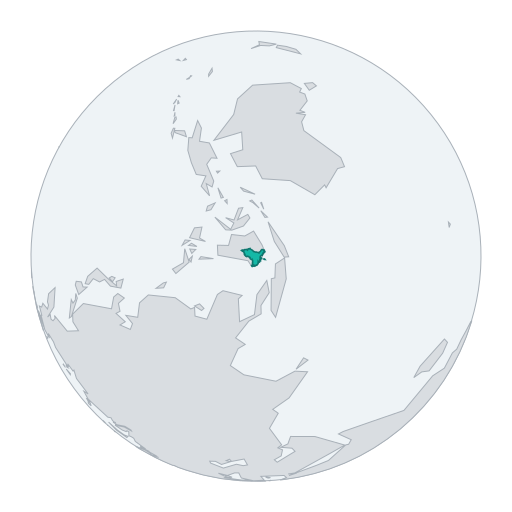 Kalimantan Barat on an orthographic globe, rotated 231°
{"feature_id": "IDN-1228", "entity_name": "Kalimantan Barat", "entity_type": "Province", "adm_level": 1, "iso_a3": "IDN", "parent_name": "Indonesia", "parent_adm1": "", "projection": "orthographic", "projection_center": [110.805, -0.499], "detail": "fine", "context": "on_globe", "style": "filled", "palette": "teal", "viewbox_px": 512, "rotation_deg": 231, "n_neighbors": 0, "source": "natural_earth", "source_scale": "10m", "svg_char_len": 11493}
<svg xmlns="http://www.w3.org/2000/svg" viewBox="0 0 512 512"><g transform="rotate(231 256 256)"><circle cx="256" cy="256" r="225" fill="#eef3f6" stroke="#a8b0b8"/><path d="M458.4,317.7L458.0,319.3L457.9,319.5L458.4,317.7ZM383.1,70.0L386.5,72.7L379.8,67.8L383.1,70.0ZM372.7,63.3L373.0,63.5L368.5,60.9L366.3,59.8L360.8,56.9L355.5,53.9L351.9,52.2L352.7,52.7L347.7,50.6L347.1,50.0L338.4,46.5L331.8,43.8L352.7,52.5L372.7,63.3ZM464.7,171.2L465.0,172.0L464.8,171.4L464.6,170.9L464.7,171.2ZM366.9,60.2L368.6,61.3L366.8,60.4L366.9,60.2ZM356.7,55.2L353.2,53.7L355.8,54.6L356.7,55.2ZM350.5,52.5L342.0,49.8L345.1,51.6L331.6,45.5L343.3,49.5L346.1,50.1L347.1,50.9L350.5,52.5ZM325.5,42.9L322.7,42.1L324.6,42.5L325.5,42.9ZM65.8,135.2L66.7,133.8L64.6,140.2L67.8,139.7L81.7,121.1L76.6,121.3L82.8,112.7L92.7,104.9L98.3,106.1L100.9,102.9L103.4,95.7L110.9,90.1L105.0,92.9L102.8,96.0L99.1,98.2L100.9,95.5L103.4,93.4L103.5,92.1L91.3,103.4L87.8,107.8L84.2,110.4L77.9,118.3L74.8,122.2L78.7,117.0L91.0,102.6L104.5,89.2L119.1,77.1L134.7,66.2L133.6,67.0L140.7,62.5L144.6,60.7L145.8,59.5L154.9,54.7L161.5,51.6L164.5,50.2L160.9,51.8L180.3,43.8L183.9,42.7L175.0,47.7L168.6,50.0L168.7,49.0L160.7,53.5L165.1,51.4L164.3,52.4L172.2,49.2L172.0,49.8L180.0,46.0L180.6,46.5L175.5,48.8L187.8,45.5L191.3,46.3L194.2,45.3L196.3,44.1L199.4,46.5L201.4,45.7L201.2,44.6L205.0,42.5L213.0,40.1L213.6,41.0L210.8,42.0L206.0,46.0L198.4,49.1L199.5,49.3L206.2,46.9L212.2,41.9L216.8,40.3L214.8,42.3L215.9,41.4L218.4,40.9L221.5,41.5L224.0,39.4L250.6,35.5L259.2,37.1L254.5,38.7L273.8,39.4L281.9,42.7L281.7,41.4L290.7,41.8L288.3,40.7L288.9,40.2L311.0,42.7L316.7,44.6L326.0,45.8L325.9,45.3L322.2,43.8L331.6,45.5L345.1,51.6L344.7,52.2L353.4,56.2L351.2,57.3L353.4,60.6L346.0,60.6L348.4,63.8L351.6,65.1L357.2,71.1L357.9,80.0L343.5,66.8L339.7,55.6L340.0,59.2L335.8,56.9L333.4,57.5L334.0,60.7L336.6,61.9L316.4,62.0L309.6,71.0L320.1,72.3L326.2,76.9L327.7,91.9L305.9,110.5L313.7,119.6L313.8,125.0L306.2,127.2L305.8,119.3L298.6,115.5L299.5,111.1L287.2,113.0L288.0,106.9L278.0,112.1L281.2,117.5L291.8,117.5L282.8,125.5L292.9,136.0L293.5,147.8L274.4,167.0L255.9,172.0L254.7,175.9L247.7,170.8L237.8,178.0L250.4,201.8L249.8,208.5L234.1,220.4L233.8,215.3L215.3,201.9L211.4,217.9L225.4,232.4L230.2,249.0L219.2,243.2L214.4,228.7L207.8,223.6L209.9,209.4L205.2,188.6L194.1,192.0L195.3,183.8L187.0,167.1L171.3,171.8L146.1,192.7L142.0,213.8L133.6,223.2L124.9,192.4L126.3,172.5L119.8,174.3L113.6,158.0L93.1,157.1L93.2,152.2L88.7,154.6L84.8,149.8L86.1,142.0L82.4,142.7L79.6,163.4L84.0,163.0L91.8,154.8L89.9,162.5L94.0,169.3L78.6,188.2L53.2,206.0L55.8,190.3L63.0,149.6L65.6,145.1L65.9,144.7L66.3,143.8L61.7,151.1L64.6,143.5L55.3,171.1L51.5,183.6L52.7,206.9L51.4,209.5L53.3,214.4L65.8,208.1L64.7,213.4L55.7,238.5L42.9,273.8L47.6,297.4L51.7,317.9L50.3,331.8L57.1,347.6L57.3,353.4L61.7,362.5L65.7,372.2L69.8,381.6L69.5,382.4L60.8,368.5L53.2,354.1L46.6,339.1L41.1,323.7L36.8,308.0L33.6,291.9L31.6,275.7L30.7,259.4L31.1,243.0L32.6,226.7L35.3,210.6L39.2,194.7L44.2,179.2L50.4,164.0L57.6,149.3L65.8,135.2ZM99.0,117.9L105.7,119.0L111.7,107.8L114.8,107.5L115.7,104.1L112.1,107.0L115.7,98.0L121.9,95.3L125.7,90.9L123.6,90.4L111.7,97.2L106.5,109.7L101.1,114.1L99.0,117.9ZM78.2,124.3L74.7,127.8L75.4,126.1L76.4,125.2L78.2,124.3ZM73.3,124.4L72.3,126.6L72.3,125.8L73.3,124.4ZM209.3,35.6L208.7,35.7L207.5,36.0L209.3,35.6ZM218.0,34.0L217.4,34.1L217.7,34.0L218.0,34.0ZM156.6,424.1L161.3,426.9L158.5,427.1L156.6,424.1ZM67.1,314.2L72.9,350.2L68.4,350.5L63.0,339.9L57.8,318.2L61.6,311.9L62.2,302.1L67.1,314.2ZM287.5,291.5L294.4,293.1L294.2,294.1L287.5,291.5ZM280.4,287.2L288.2,288.2L279.0,289.4L280.4,287.2ZM291.3,288.6L299.3,287.2L302.7,285.8L302.1,288.0L291.3,288.6ZM275.0,286.9L246.2,284.5L234.8,280.9L237.4,277.2L255.8,279.4L275.0,286.9ZM236.5,277.0L219.2,265.1L196.0,232.6L204.3,233.5L228.7,253.6L227.1,256.9L237.6,266.1L236.5,277.0ZM278.6,259.9L276.9,269.8L261.0,267.7L253.7,265.6L248.7,252.4L251.5,246.2L257.4,246.8L280.6,226.9L288.7,232.8L281.5,241.3L288.1,250.5L278.6,259.9ZM142.8,215.9L146.9,228.9L142.4,230.9L142.8,215.9ZM290.2,212.8L280.7,221.3L289.4,209.7L290.2,212.8ZM295.5,201.8L296.0,206.5L292.2,201.7L295.5,201.8ZM254.3,182.0L248.0,182.6L247.9,179.4L255.9,176.8L254.3,182.0ZM293.8,158.0L293.4,167.0L292.1,169.9L289.4,164.2L293.8,158.0ZM219.7,36.9L207.8,38.8L199.9,41.0L196.4,43.0L196.2,41.4L208.4,38.0L219.7,36.9ZM246.7,35.3L249.7,34.3L251.8,34.7L251.4,35.0L246.7,35.3ZM246.1,34.7L243.3,33.6L247.2,33.1L248.6,34.0L246.1,34.7ZM224.7,33.5L221.1,34.0L222.4,33.6L224.7,33.5ZM405.2,402.9L406.3,405.4L399.8,411.4L391.5,417.1L385.0,417.9L405.2,402.9ZM350.2,410.0L351.3,401.7L359.7,402.2L355.1,409.1L350.2,410.0ZM410.9,398.6L416.7,392.1L420.3,382.7L418.0,391.6L420.9,393.2L407.8,405.2L410.9,398.6ZM323.3,372.1L279.2,383.8L269.7,381.0L272.6,374.4L264.9,353.4L268.1,354.1L266.6,340.3L293.0,330.1L312.1,309.5L326.2,312.4L337.2,297.7L351.6,300.6L346.9,312.6L361.4,322.9L372.4,296.1L380.0,327.7L389.7,340.5L390.9,360.9L369.1,391.7L357.6,396.6L356.0,393.1L351.1,395.9L344.3,393.4L341.6,381.8L336.7,384.6L341.9,376.9L334.6,383.4L331.6,375.9L323.3,372.1ZM425.5,332.3L427.2,333.7L429.6,340.0L426.8,338.2L425.5,332.3ZM453.7,322.6L454.1,325.5L452.4,325.5L453.7,322.6ZM457.9,319.5L455.8,319.8L458.4,317.7L457.9,319.5ZM436.5,316.6L437.3,318.8L436.5,319.3L436.5,316.6ZM435.8,315.8L437.1,313.0L436.7,316.1L435.8,315.8ZM427.7,297.1L428.9,295.8L429.4,297.1L427.7,297.1ZM304.6,294.2L314.2,287.2L319.4,287.0L304.6,294.2ZM426.1,293.4L423.2,292.5L423.6,290.9L426.1,293.4ZM426.4,289.7L426.2,287.3L427.9,293.1L426.4,289.7ZM420.9,283.4L424.4,288.2L420.5,283.8L420.9,283.4ZM418.7,283.5L416.1,281.2L416.3,280.5L418.7,283.5ZM388.0,280.8L398.0,295.9L389.8,294.1L380.7,284.3L373.2,290.9L356.5,287.2L360.4,283.0L358.3,275.4L340.8,270.3L337.3,265.3L343.6,262.9L332.0,257.8L344.7,257.3L349.8,267.5L357.0,260.9L369.2,264.5L381.0,269.5L390.3,278.3L388.0,280.8ZM344.6,278.3L346.8,278.6L344.8,281.3L344.6,278.3ZM411.0,274.8L414.9,280.3L414.4,281.4L412.5,280.2L411.0,274.8ZM392.5,277.0L402.6,270.9L405.0,271.5L398.2,279.3L392.5,277.0ZM400.2,265.3L404.8,267.3L407.3,272.2L406.3,273.3L400.2,265.3ZM318.7,266.4L318.2,269.0L314.9,266.6L318.7,266.4ZM323.0,265.3L333.0,269.3L322.1,267.5L323.0,265.3ZM292.7,253.1L295.6,259.6L304.9,256.5L297.8,261.6L304.1,272.5L301.9,276.2L295.7,264.4L293.5,275.8L289.4,275.2L287.2,265.1L291.3,253.5L295.4,248.9L312.1,248.5L292.7,253.1ZM323.0,257.7L320.3,250.1L322.3,245.6L325.2,249.7L323.0,257.7ZM312.5,232.2L305.5,223.4L299.1,225.9L312.0,215.9L316.6,225.9L312.5,232.2ZM306.5,213.9L300.6,216.1L306.7,210.2L306.5,213.9ZM299.0,213.3L298.4,207.7L303.1,208.9L299.0,213.3ZM309.6,214.5L310.8,205.3L313.1,211.0L309.6,214.5ZM296.4,195.4L306.5,205.2L293.3,200.2L292.8,182.7L298.4,182.8L296.4,195.4ZM327.7,132.8L326.3,128.3L331.3,128.1L330.9,131.1L327.7,132.8ZM346.6,124.9L332.2,126.6L320.5,128.9L324.2,131.3L321.6,138.3L316.1,130.8L324.2,123.9L333.1,123.6L334.3,118.1L340.8,115.3L339.2,108.2L342.0,105.8L346.1,112.4L346.6,124.9ZM338.1,105.2L337.6,94.0L347.2,97.3L349.5,100.4L345.7,104.0L340.8,102.1L338.1,105.2ZM340.3,92.4L335.7,90.6L325.1,74.4L325.3,71.9L338.4,85.0L334.6,84.1L335.5,87.8L340.3,92.4ZM323.6,42.6L322.8,42.1L325.1,43.0L323.6,42.6ZM287.3,39.7L288.5,39.1L291.2,39.9L287.3,39.7ZM293.3,38.3L289.3,37.8L293.2,37.9L293.3,38.3ZM280.6,37.0L287.6,37.4L281.3,37.7L280.6,37.0Z" fill="#d9dde1" stroke="#a8b0b8" stroke-width="1"/><path d="M251.4,245.9L251.4,246.1L251.2,246.4L251.0,246.5L251.0,246.8L251.1,247.0L251.4,247.0L251.5,247.1L251.4,247.6L251.5,247.8L251.9,248.2L252.0,248.3L252.2,248.5L252.5,248.5L252.7,248.9L253.0,249.1L253.0,249.3L253.4,249.4L253.5,249.4L253.8,250.0L254.0,250.1L254.3,250.2L254.5,250.5L254.8,250.7L255.0,250.7L255.4,250.6L255.6,250.5L255.8,250.4L255.9,250.5L255.9,250.4L256.0,250.3L256.2,250.1L256.3,250.1L256.7,250.0L257.5,249.8L258.2,250.1L258.3,250.1L258.6,250.0L258.7,250.3L258.8,250.2L259.2,250.0L259.3,250.0L259.8,250.1L260.0,250.1L260.3,249.7L260.6,249.6L260.9,249.6L261.1,249.5L261.3,248.9L261.4,248.6L261.3,248.4L261.9,248.1L262.3,248.1L262.4,247.9L262.5,247.9L263.7,247.9L263.8,248.0L264.0,247.8L264.3,247.9L264.5,247.9L264.7,248.0L264.5,248.4L264.5,248.5L264.8,248.4L265.0,248.4L265.1,248.5L265.7,248.7L265.9,248.7L266.2,249.0L266.4,249.0L266.6,248.9L266.8,248.9L267.0,249.2L267.8,248.8L268.0,248.5L268.2,248.4L268.8,248.3L269.1,248.3L269.2,248.5L269.4,248.4L269.3,248.8L269.4,249.0L269.1,249.4L269.0,249.5L268.6,249.8L268.4,250.0L268.2,250.1L268.0,250.3L268.0,250.5L268.3,250.5L268.3,250.9L268.2,251.1L268.0,251.5L267.8,251.6L267.7,251.7L267.7,251.8L267.4,252.1L267.3,252.3L267.1,252.5L267.1,252.8L266.9,252.9L266.8,253.0L266.5,253.0L266.3,253.0L265.9,253.1L266.1,253.4L266.3,253.5L266.4,253.8L266.5,254.3L266.4,254.5L266.3,254.8L266.2,254.8L266.1,255.0L265.9,255.0L265.6,255.4L265.6,255.5L265.8,255.8L265.6,256.2L265.4,256.1L265.3,255.9L265.2,255.9L265.0,256.0L264.6,256.1L264.2,256.3L263.8,256.4L263.7,256.5L263.0,256.8L262.9,256.8L262.7,256.8L262.1,257.0L261.6,256.9L261.1,256.9L261.1,257.0L260.9,257.2L260.6,257.3L260.2,257.6L259.7,257.8L259.3,258.0L259.2,258.1L259.1,258.3L259.1,258.6L258.9,258.8L258.7,258.9L258.4,259.0L258.1,259.3L257.7,259.6L257.5,259.9L257.3,260.1L257.2,260.1L256.8,260.0L256.7,260.1L256.5,260.3L256.4,260.4L256.5,260.5L256.8,260.5L256.8,260.8L256.9,261.0L256.9,261.4L256.7,261.8L256.8,262.2L256.8,262.4L257.3,263.5L257.3,263.8L257.3,264.2L257.3,264.3L257.4,264.5L257.3,264.8L257.0,264.9L256.8,265.3L256.6,265.4L256.3,265.5L256.0,265.6L255.6,266.1L255.4,266.1L255.4,265.9L255.3,265.6L255.2,265.3L254.8,265.3L254.4,265.5L254.0,265.8L253.9,265.8L253.8,265.7L253.6,265.4L253.8,265.2L253.7,264.8L253.7,264.5L253.6,264.4L253.6,264.1L253.9,264.1L253.9,263.9L253.8,264.0L253.7,264.0L253.5,263.6L253.4,263.0L253.2,262.9L253.2,262.7L253.3,262.2L253.2,261.7L252.7,261.4L252.5,261.2L252.8,260.8L253.0,260.5L253.0,260.2L253.1,259.7L253.1,259.3L253.0,259.2L252.7,259.0L252.6,258.9L252.6,258.5L252.6,258.4L252.3,258.3L252.2,258.3L252.1,258.1L251.8,257.8L251.8,257.6L251.7,257.8L251.4,257.8L251.2,257.6L251.0,257.4L250.8,257.4L250.6,257.4L250.6,257.5L250.4,257.6L250.2,257.5L250.0,257.4L249.9,256.8L249.9,256.7L250.0,256.7L250.1,256.8L250.4,256.8L250.6,256.9L250.9,256.9L250.7,256.8L250.6,256.7L250.3,256.6L250.6,256.5L250.5,256.4L250.3,256.3L250.0,256.3L249.9,256.4L249.8,256.2L249.6,256.2L249.4,256.0L249.3,255.7L249.3,255.2L249.2,255.0L249.1,254.9L249.4,254.8L249.6,254.9L249.8,255.0L249.7,254.8L249.6,254.4L249.5,254.1L249.5,253.9L250.1,254.0L249.6,253.6L249.3,253.1L249.0,252.9L248.7,252.9L248.6,252.7L248.7,252.4L248.6,252.1L248.6,251.8L248.6,251.6L248.6,251.4L248.4,251.2L248.5,251.1L248.4,251.0L248.3,250.8L248.5,250.6L248.8,250.4L248.8,250.1L248.6,249.6L248.6,249.4L249.0,249.3L249.3,249.2L249.5,249.1L249.8,248.8L249.9,248.6L250.0,248.6L249.9,248.5L249.6,248.7L249.4,249.1L248.9,249.3L248.9,249.1L249.1,248.9L249.1,248.7L249.1,248.1L249.3,247.9L249.9,247.5L250.0,247.4L250.1,247.2L250.3,246.9L250.2,246.9L250.0,247.1L250.2,246.8L250.2,246.4L250.3,246.4L250.6,246.4L251.2,246.2L251.3,246.1L251.4,245.9ZM251.9,258.4L252.0,258.4L252.0,258.5L251.6,258.7L251.0,259.0L250.9,259.1L250.7,259.1L250.7,258.6L250.7,258.0L250.7,257.9L250.8,257.9L251.0,257.9L251.5,258.0L251.7,257.9L251.8,258.0L251.9,258.4ZM248.8,260.2L248.8,260.3L248.7,260.5L248.4,260.6L248.2,260.6L248.2,260.4L248.2,260.2L248.4,260.1L248.5,260.1L248.8,260.2ZM249.5,259.0L249.4,259.1L249.5,259.0L249.5,259.0ZM247.6,260.8L247.7,260.7L247.8,260.7L248.0,260.7L248.0,260.8L247.6,260.8ZM249.9,258.6L249.9,258.8L249.9,258.6Z" fill="#14b8a6" stroke="#0f766e" stroke-width="1.5"/></g></svg>